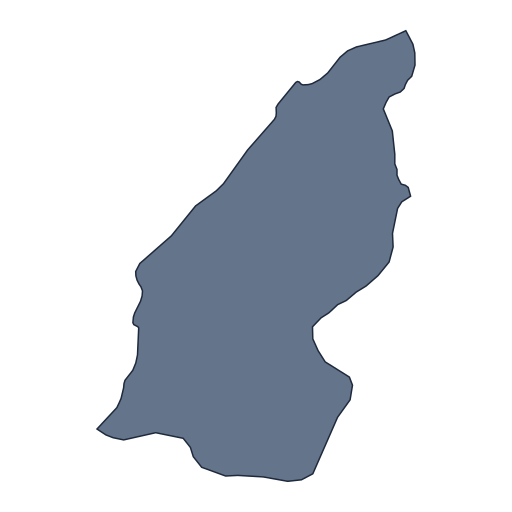 SVG path tracing the border of Doukkala - Abda
{"feature_id": "MAR-1457", "entity_name": "Doukkala - Abda", "entity_type": "Region", "adm_level": 1, "iso_a3": "MAR", "parent_name": "Morocco", "parent_adm1": "", "projection": "natural_earth1", "projection_center": [-8.625, 32.606], "detail": "fine", "context": "isolated", "style": "filled", "palette": "slate", "viewbox_px": 512, "rotation_deg": 0, "n_neighbors": 0, "source": "natural_earth", "source_scale": "10m", "svg_char_len": 1400}
<svg xmlns="http://www.w3.org/2000/svg" viewBox="0 0 512 512"><path d="M97.0,429.0L116.9,407.6L119.4,402.3L121.1,398.4L123.6,387.9L124.0,383.6L125.0,380.3L132.8,370.3L135.8,363.0L137.5,354.9L138.7,327.9L137.8,326.7L133.8,324.6L132.9,322.7L133.4,317.0L134.7,313.0L140.5,301.3L142.1,296.0L142.5,290.9L140.9,286.7L139.0,284.0L137.1,280.2L135.9,275.9L135.7,271.5L139.8,263.5L171.4,235.8L195.6,205.9L216.3,190.8L223.5,183.7L247.6,150.0L274.4,119.4L276.0,116.3L276.3,113.0L276.1,107.4L278.1,104.0L295.7,82.5L297.4,81.5L299.2,82.0L301.3,84.3L303.1,84.9L308.3,84.6L312.2,83.6L320.0,79.5L327.7,73.0L340.1,57.2L347.7,50.8L356.5,46.9L385.6,40.0L405.8,30.7L406.1,31.2L412.9,44.2L414.8,52.9L415.0,65.1L411.7,76.3L407.6,80.3L405.3,84.7L404.1,88.4L400.3,92.0L394.8,94.0L389.1,97.0L386.0,102.5L383.3,108.9L392.3,130.9L394.8,154.2L394.8,163.9L397.0,169.5L397.0,175.3L398.8,179.7L401.2,184.1L405.4,185.3L408.2,187.4L410.6,196.2L401.8,201.8L397.6,208.4L392.5,233.4L393.1,247.0L389.1,262.0L378.0,275.6L366.1,286.0L356.2,292.1L346.3,300.5L337.7,304.6L328.9,312.8L321.1,317.8L312.5,326.8L312.8,338.9L318.1,350.7L325.2,361.9L349.4,377.1L352.5,385.2L350.1,399.8L337.6,417.2L312.8,473.8L301.4,479.8L287.7,481.3L263.2,476.9L237.8,475.4L225.6,476.0L201.7,467.3L193.3,456.7L190.4,447.4L183.2,438.3L155.7,432.7L123.7,439.9L113.1,437.7L105.9,434.9L97.7,429.5L97.0,429.0Z" fill="#64748b" stroke="#1e293b" stroke-width="1.5"/></svg>